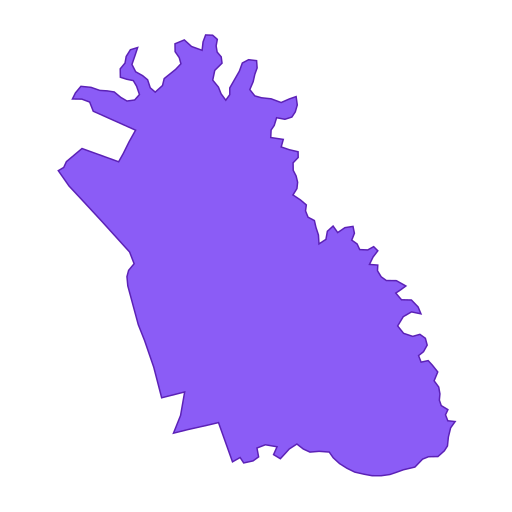 outline of Anchieta, Santa Catarina, Brazil, rotated 89°
{"feature_id": "56859067B17921911489726", "entity_name": "Anchieta", "entity_type": "district", "adm_level": 2, "iso_a3": "BRA", "parent_name": "Brazil", "parent_adm1": "Santa Catarina", "projection": "robinson", "projection_center": [-53.357, -26.532], "detail": "fine", "context": "isolated", "style": "filled", "palette": "violet", "viewbox_px": 512, "rotation_deg": 89, "n_neighbors": 0, "source": "geoboundaries", "source_scale": "gbopen_adm2", "svg_char_len": 2594}
<svg xmlns="http://www.w3.org/2000/svg" viewBox="0 0 512 512"><g transform="rotate(89 256 256)"><path d="M461.4,283.1L457.2,275.4L462.7,271.9L460.8,262.5L456.9,256.9L448.0,258.4L444.9,249.9L447.1,238.3L454.9,241.9L459.1,235.2L453.7,230.0L449.5,226.1L444.7,218.4L449.8,212.1L453.0,205.5L452.4,196.3L453.3,186.2L459.1,182.3L465.0,176.1L469.8,168.8L473.8,161.0L476.1,151.6L477.7,143.8L477.9,134.8L476.8,125.9L474.6,119.0L472.3,112.3L469.8,100.8L462.0,93.0L459.7,87.0L459.7,77.6L454.1,71.1L449.3,67.9L440.3,66.8L431.2,64.4L425.0,59.8L424.1,67.1L418.1,69.3L413.0,66.8L408.8,73.4L403.3,75.2L397.1,74.5L390.2,75.6L383.9,80.1L375.1,76.3L368.2,81.6L363.6,85.7L365.0,92.8L358.4,95.2L354.6,90.2L348.1,86.4L341.2,88.1L337.2,93.5L339.1,100.7L335.9,109.8L328.4,115.6L319.2,109.8L314.6,101.5L316.7,92.1L309.8,94.8L302.7,101.4L302.3,111.3L295.5,116.9L292.1,111.6L288.6,106.7L283.1,116.1L282.8,126.1L279.0,131.2L272.9,134.8L267.2,134.4L266.4,142.7L259.1,139.0L252.9,134.1L248.7,138.2L251.9,144.2L251.4,152.2L245.7,154.7L241.8,160.0L235.0,157.2L228.1,158.5L229.2,166.6L234.0,173.9L227.4,178.4L232.5,184.2L240.6,185.8L245.0,192.8L236.1,193.2L228.3,195.6L221.6,197.0L218.1,203.3L211.8,205.7L205.8,204.8L200.7,210.6L195.6,218.0L189.3,213.9L183.0,213.1L176.7,214.5L171.0,217.3L163.5,217.3L158.2,212.1L152.5,212.1L150.3,220.9L147.4,228.9L139.9,226.7L137.8,239.2L130.3,238.7L125.8,235.5L118.1,233.0L119.8,224.7L117.7,217.7L112.6,214.2L105.7,212.1L97.3,213.1L99.5,219.8L103.0,228.2L99.1,238.1L97.9,247.7L95.9,254.4L89.5,259.3L81.7,255.8L74.3,254.0L68.0,251.6L60.7,252.0L59.6,260.0L62.8,266.3L70.9,269.4L79.1,274.3L87.5,279.3L94.2,279.4L99.7,283.5L93.2,288.1L86.5,290.6L79.4,296.2L69.7,294.0L62.6,286.6L56.3,287.3L51.4,291.3L45.2,292.2L38.7,290.9L34.5,295.5L34.1,302.5L41.0,305.2L49.4,306.3L45.4,316.8L38.7,323.9L42.4,333.3L50.3,333.3L56.3,329.3L62.5,327.7L68.0,333.1L72.2,338.5L77.0,344.7L83.9,346.5L90.4,353.9L86.0,358.8L77.9,361.3L73.7,366.2L69.7,373.1L62.3,376.7L53.5,373.5L45.5,370.7L47.6,378.0L54.2,382.3L60.8,383.6L66.5,388.5L74.9,388.5L77.0,382.3L78.5,375.6L84.2,372.4L92.5,369.7L97.9,374.6L98.8,382.3L95.0,388.5L89.5,394.9L88.3,401.9L87.7,409.3L84.5,418.0L83.3,428.1L89.8,433.7L95.8,436.8L96.1,427.4L99.2,419.6L108.4,416.2L128.1,374.2L139.6,380.9L151.2,386.9L159.4,391.7L145.5,428.1L158.3,443.9L164.1,446.7L167.2,452.2L182.8,441.7L196.2,429.6L218.7,409.5L249.8,382.3L261.6,378.0L268.1,383.6L274.4,385.4L283.6,384.7L322.6,374.9L338.5,368.9L365.3,360.2L396.1,352.8L390.7,329.7L414.1,334.2L431.7,341.6L428.4,327.3L424.0,306.0L421.9,296.4L461.4,283.1Z" fill="#8b5cf6" stroke="#5b21b6" stroke-width="1.5"/></g></svg>